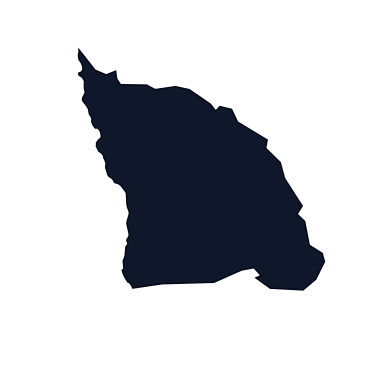 Elbert, Georgia, United States of America (Robinson projection), rotated 195°
{"feature_id": "52423323B69267634512958", "entity_name": "Elbert", "entity_type": "district", "adm_level": 2, "iso_a3": "USA", "parent_name": "United States of America", "parent_adm1": "Georgia", "projection": "robinson", "projection_center": [-82.718, 34.122], "detail": "fine", "context": "isolated", "style": "filled", "palette": "ink", "viewbox_px": 384, "rotation_deg": 195, "n_neighbors": 0, "source": "geoboundaries", "source_scale": "gbopen_adm2", "svg_char_len": 1723}
<svg xmlns="http://www.w3.org/2000/svg" viewBox="0 0 384 384"><g transform="rotate(195 192 192)"><path d="M224.4,83.9L197.1,95.7L147.5,110.5L124.0,129.5L112.5,135.0L103.6,129.1L108.0,125.6L91.5,119.4L59.4,126.2L49.9,139.9L46.1,159.0L50.4,166.4L65.0,170.9L75.6,192.7L84.8,197.8L82.0,207.0L106.2,229.1L114.4,243.3L132.2,253.3L132.9,261.7L166.1,271.3L175.2,282.0L187.2,281.7L190.0,276.2L196.8,281.5L221.2,290.1L235.3,289.4L254.2,281.3L263.5,283.5L288.9,277.1L294.0,281.7L297.1,288.9L305.1,282.9L317.1,284.5L337.9,300.1L337.3,298.2L337.1,294.8L335.9,291.7L335.0,290.4L332.4,288.2L330.9,286.3L329.8,284.5L329.2,282.8L329.2,281.0L329.5,279.8L330.5,278.7L331.5,278.1L332.1,277.3L332.0,276.6L331.6,275.9L330.8,275.5L327.7,274.5L326.2,273.2L324.5,271.3L323.1,265.5L321.7,262.3L321.0,260.9L320.9,259.4L321.9,254.6L321.6,252.7L320.8,251.6L317.0,248.8L313.4,245.5L311.4,241.0L308.3,238.1L307.3,236.1L307.1,234.4L306.6,233.4L304.0,230.2L301.9,228.8L300.4,229.3L299.1,229.2L296.7,227.5L294.8,224.5L293.9,222.0L294.1,220.1L295.4,218.6L296.8,215.3L296.9,214.5L296.6,214.0L296.3,213.6L296.4,212.4L296.1,211.5L293.1,207.9L292.5,207.3L290.3,206.6L289.3,206.2L286.9,204.4L286.6,204.1L285.9,202.0L285.1,201.4L282.4,197.6L281.7,193.4L277.8,187.1L276.7,185.9L271.8,184.1L269.6,181.6L268.7,181.1L266.8,181.2L264.5,180.9L262.1,179.8L256.1,175.2L254.9,173.6L251.7,163.6L250.6,161.1L247.7,157.1L247.1,155.6L246.8,154.1L247.0,145.9L246.6,144.5L241.7,135.0L241.5,133.8L241.4,132.6L242.4,129.6L242.5,128.7L240.3,125.3L240.8,123.7L241.6,121.9L240.1,113.6L240.0,112.4L240.5,107.5L237.9,100.3L238.0,99.9L239.1,98.4L237.4,95.5L234.5,92.1L230.8,88.6L230.3,88.3L229.0,88.5L225.9,86.0L224.4,83.9Z" fill="#0f172a" stroke="#020617" stroke-width="1.5"/></g></svg>